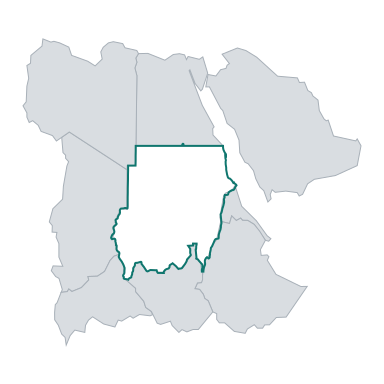 Sudan and the surrounding countries
{"feature_id": "SDN", "entity_name": "Sudan", "entity_type": "country or territory", "adm_level": 0, "iso_a3": "SDN", "parent_name": "Africa", "parent_adm1": "", "projection": "equal_earth", "projection_center": [30.131, 15.434], "detail": "fine", "context": "with_neighbors", "style": "outline", "palette": "teal", "viewbox_px": 384, "rotation_deg": 0, "n_neighbors": 8, "source": "natural_earth", "source_scale": "50m", "svg_char_len": 9477}
<svg xmlns="http://www.w3.org/2000/svg" viewBox="0 0 384 384"><path d="M127.0,169.7L126.9,209.4L120.5,208.7L114.9,222.3L116.4,224.7L113.9,227.8L114.7,231.9L111.9,239.9L114.6,239.3L116.1,243.2L116.2,249.1L118.9,252.1L118.8,254.5L114.0,256.2L110.1,260.4L104.6,271.4L97.4,276.2L88.0,276.5L88.7,280.0L81.4,287.6L71.9,291.5L68.8,289.0L67.3,291.6L61.1,292.4L62.3,289.6L59.0,278.4L55.7,276.6L51.3,270.7L53.1,265.9L62.8,266.3L58.9,257.1L58.9,243.6L56.1,237.1L56.9,232.4L52.1,232.1L52.3,225.6L49.3,221.9L52.9,208.7L62.6,199.2L63.4,186.2L66.9,166.0L68.6,161.7L65.6,158.3L65.6,155.2L63.0,152.6L61.7,137.3L69.3,132.0L127.0,169.7Z" fill="#d9dde1" stroke="#a8b0b8" stroke-width="1"/><path d="M152.6,314.7L150.1,315.8L139.5,314.5L133.1,318.2L130.1,316.0L121.7,321.1L118.2,320.1L114.9,327.0L103.7,324.0L92.6,316.8L88.5,320.1L85.5,325.3L84.8,332.4L74.8,330.1L70.2,335.5L66.2,345.1L65.1,337.4L61.7,334.1L58.3,325.2L54.7,319.8L54.6,312.5L55.3,304.6L57.1,302.7L61.1,292.4L67.3,291.6L68.8,289.0L71.9,291.5L81.4,287.6L88.7,280.0L88.0,276.5L97.4,276.2L104.6,271.4L110.1,260.4L114.0,256.2L118.8,254.5L119.6,258.9L123.9,265.2L123.1,276.8L135.6,288.3L135.6,291.6L143.8,301.3L145.7,307.4L151.4,311.5L152.6,314.7Z" fill="#d9dde1" stroke="#a8b0b8" stroke-width="1"/><path d="M220.7,221.4L219.9,217.3L223.6,195.9L225.9,192.8L231.4,191.2L235.0,185.5L241.7,206.3L256.3,220.7L267.1,235.7L270.9,238.7L268.7,241.2L265.4,240.3L254.2,224.4L247.7,220.4L242.5,220.3L240.7,218.1L236.3,220.5L231.7,215.9L229.5,223.5L220.7,221.4Z" fill="#d9dde1" stroke="#a8b0b8" stroke-width="1"/><path d="M208.0,74.5L215.9,76.0L220.6,69.7L226.0,68.4L227.1,65.2L229.4,63.6L222.1,54.2L237.4,48.0L246.0,50.6L256.7,57.2L277.6,76.2L297.4,77.9L299.4,82.5L304.5,82.2L307.8,90.5L311.4,92.7L312.9,96.0L318.0,100.1L319.3,110.6L323.9,118.8L326.2,120.8L328.2,120.1L333.5,136.0L355.8,140.9L357.2,138.9L361.0,145.8L357.2,165.6L335.5,175.5L314.3,179.3L307.6,183.8L302.6,194.3L299.2,196.0L297.2,192.6L285.8,191.1L275.2,192.3L272.1,189.7L270.2,194.6L271.1,198.8L267.9,202.0L263.8,190.7L259.9,187.1L255.8,178.8L253.5,170.7L248.2,163.8L244.9,162.2L239.8,152.8L239.0,140.1L234.6,129.3L227.1,123.4L222.8,110.6L220.7,108.4L209.4,86.9L205.8,86.9L208.0,74.5Z" fill="#d9dde1" stroke="#a8b0b8" stroke-width="1"/><path d="M223.0,145.8L135.9,145.8L136.9,75.7L134.9,68.0L136.9,62.2L135.8,58.1L138.5,53.6L147.9,53.4L164.9,60.2L173.3,54.5L179.5,53.7L184.6,54.9L186.5,59.6L188.1,56.5L199.3,59.3L202.8,56.9L207.7,73.2L202.4,89.2L200.8,90.9L195.1,83.5L189.9,69.8L189.1,70.7L202.3,105.4L214.1,126.9L212.7,128.6L213.0,135.0L223.0,145.8Z" fill="#d9dde1" stroke="#a8b0b8" stroke-width="1"/><path d="M136.9,75.7L135.7,165.5L127.2,165.6L127.0,169.7L69.3,132.0L56.4,141.0L52.5,135.6L41.1,131.4L38.2,125.3L32.7,120.7L29.2,122.5L26.9,117.1L26.9,112.9L23.0,105.8L26.2,101.8L26.9,86.1L28.7,78.3L26.9,65.5L30.5,63.3L30.9,55.4L42.0,46.1L42.9,38.9L50.9,42.1L53.9,41.3L59.7,42.9L68.8,47.1L71.6,55.4L87.7,61.2L95.1,65.9L102.2,59.1L100.8,51.9L103.2,47.3L108.4,42.9L113.3,41.7L122.7,43.6L125.0,47.8L136.8,50.5L138.5,53.6L135.8,58.1L136.9,62.2L134.9,68.0L136.9,75.7Z" fill="#d9dde1" stroke="#a8b0b8" stroke-width="1"/><path d="M307.2,286.4L286.1,317.1L276.3,317.5L269.5,324.8L264.7,324.9L262.6,328.2L257.4,328.2L254.3,324.7L247.4,329.0L245.2,333.3L234.3,331.4L224.6,322.8L219.3,322.8L216.7,319.4L216.7,313.6L212.8,311.9L208.2,300.8L204.8,298.5L203.4,294.4L199.6,289.4L194.9,288.7L197.5,282.9L201.5,282.6L204.7,259.7L208.2,256.9L212.1,245.0L216.6,240.0L220.7,221.4L229.5,223.5L231.7,215.9L236.3,220.5L240.7,218.1L242.5,220.3L247.7,220.4L254.2,224.4L259.6,231.1L265.4,240.3L260.4,249.6L261.2,255.4L267.2,254.9L268.9,256.7L267.3,260.3L276.0,274.4L300.9,286.5L307.2,286.4Z" fill="#d9dde1" stroke="#a8b0b8" stroke-width="1"/><path d="M178.9,332.4L172.2,325.6L170.4,321.2L160.6,324.4L157.2,323.2L151.4,311.5L145.7,307.4L143.8,301.3L135.6,291.6L135.6,288.3L126.3,280.2L131.3,277.1L135.4,263.3L140.8,261.9L145.9,270.7L148.0,271.5L150.7,269.8L156.2,270.1L157.2,272.2L164.8,272.2L165.0,270.1L168.9,268.2L169.7,265.3L172.5,263.2L178.9,269.1L182.8,268.0L190.7,255.1L190.0,249.1L188.2,246.1L192.7,245.6L193.2,243.3L196.7,244.0L195.8,251.5L196.7,258.8L200.6,262.8L201.5,271.4L202.5,271.6L202.6,279.5L201.5,282.6L197.5,282.9L194.9,288.7L199.6,289.4L203.4,294.4L204.8,298.5L208.2,300.8L212.8,311.9L198.3,329.5L193.0,329.5L186.9,331.9L182.0,329.6L178.9,332.4Z" fill="#d9dde1" stroke="#a8b0b8" stroke-width="1"/><path d="M203.4,271.6L202.0,271.6L201.9,271.6L201.9,271.4L201.8,271.1L201.8,270.7L201.8,269.9L202.0,269.0L202.5,267.7L202.4,267.2L202.4,266.7L202.4,266.0L202.4,265.8L202.4,265.6L202.4,265.4L202.1,264.3L201.9,264.1L198.7,260.5L198.1,259.6L197.9,259.4L196.2,258.6L196.2,258.4L196.4,257.8L196.5,257.7L195.7,250.0L195.7,249.8L195.7,249.7L195.8,249.7L196.0,249.3L196.0,249.0L196.1,248.9L196.2,247.6L196.2,246.4L196.6,244.5L196.6,243.6L193.0,243.6L193.0,243.8L193.0,244.2L193.0,244.3L193.1,244.9L193.1,245.2L193.2,245.4L193.2,245.5L188.2,245.8L190.1,248.7L190.2,248.8L190.2,249.0L190.3,250.1L190.2,251.7L190.2,252.8L190.3,253.5L190.8,254.8L190.8,255.1L190.7,255.4L187.1,259.4L187.0,259.6L186.6,261.2L186.1,262.2L185.9,262.5L185.1,263.9L181.8,268.2L181.3,268.4L179.7,268.6L178.8,268.6L178.7,268.6L178.5,268.8L178.4,268.9L178.1,268.7L176.1,266.3L172.6,263.3L172.2,263.6L170.2,264.9L169.8,265.2L169.6,265.5L169.6,266.9L169.2,267.7L168.6,268.5L166.8,269.0L165.9,269.4L165.0,270.1L164.9,270.2L164.5,270.7L163.8,271.6L163.7,272.3L163.8,273.0L157.8,272.9L157.4,272.4L156.6,270.2L155.9,270.3L150.5,270.0L149.7,270.3L148.1,271.2L147.3,271.4L146.5,270.9L143.6,266.5L143.0,265.9L142.8,265.6L142.4,264.9L141.8,264.4L141.6,264.1L141.5,263.6L141.5,262.6L141.3,262.0L140.9,261.8L137.0,262.9L136.4,262.8L135.6,262.9L135.3,263.1L135.0,263.7L134.9,264.3L134.9,264.9L134.8,265.6L134.5,266.2L133.4,267.7L133.2,268.4L133.2,270.1L133.1,270.9L133.0,271.3L132.5,272.0L132.3,272.3L132.2,272.8L132.2,273.9L132.1,274.5L131.5,275.8L131.4,276.2L131.3,277.2L131.2,277.4L129.5,278.2L128.8,278.7L128.4,279.4L128.3,279.7L127.5,279.4L126.6,279.2L124.8,279.0L124.0,278.7L123.7,278.2L123.8,276.9L123.6,276.6L123.3,276.4L123.1,275.8L123.2,275.1L124.2,273.6L124.4,272.8L124.5,270.0L124.6,269.1L124.6,267.9L123.8,265.8L123.2,264.3L122.1,262.2L121.7,261.5L119.5,258.5L119.3,258.0L118.7,256.8L119.0,255.7L119.3,254.0L119.4,253.3L119.2,252.5L118.7,251.9L118.2,251.8L118.0,251.5L117.6,251.1L117.1,250.7L116.8,250.1L116.5,249.2L116.7,245.9L116.6,245.5L116.1,245.4L115.9,245.1L116.0,244.5L115.7,242.7L115.3,241.1L115.5,240.3L115.1,239.1L114.2,238.6L113.3,238.8L112.4,239.0L111.9,239.0L111.5,238.7L111.3,238.3L111.1,237.8L111.3,237.1L111.8,235.7L112.4,234.6L113.7,233.5L114.0,233.0L114.2,232.4L114.3,231.7L114.2,230.9L114.1,230.3L113.7,229.4L113.4,228.3L113.4,227.6L113.5,227.1L113.9,226.5L114.6,225.8L114.7,225.7L115.1,225.3L115.5,225.1L116.4,224.3L116.6,224.0L116.6,223.6L116.4,223.2L116.0,222.7L115.9,222.2L115.8,221.2L115.7,220.5L115.5,220.1L115.8,219.7L116.2,219.2L116.7,218.9L117.4,218.7L117.7,218.3L117.8,217.7L117.8,217.0L118.1,216.6L118.4,215.6L118.7,215.1L119.2,214.6L119.7,213.9L119.9,213.1L120.0,212.4L119.8,210.2L120.3,209.2L121.1,208.5L122.1,208.5L123.7,208.4L124.8,208.0L125.6,208.0L127.4,208.5L127.5,208.4L127.6,207.7L127.7,206.2L127.7,201.7L127.7,197.3L127.8,192.8L127.8,188.3L127.9,183.9L128.0,179.4L128.0,175.0L128.1,170.6L128.1,169.3L128.1,168.1L128.1,166.9L128.1,165.6L129.9,165.6L131.8,165.6L133.6,165.6L135.4,165.6L135.5,165.6L135.6,160.6L135.6,155.7L135.7,150.8L135.7,145.9L138.6,145.9L141.4,145.9L144.2,145.9L147.0,145.9L149.8,145.9L152.6,145.9L155.4,145.9L158.2,145.9L161.0,145.9L163.8,145.9L166.6,145.9L169.4,145.9L172.2,145.9L175.0,145.9L177.8,145.9L180.6,145.9L181.5,145.9L181.8,145.8L182.6,144.0L182.9,143.8L183.3,143.9L183.5,144.4L183.3,145.0L183.1,145.9L184.5,145.9L186.9,145.9L189.3,145.9L191.7,145.9L194.1,145.9L196.5,145.9L198.9,145.9L201.3,145.9L203.8,145.9L206.2,145.9L208.6,145.9L211.0,145.9L213.4,145.9L215.8,145.9L218.2,145.9L220.6,145.9L223.0,145.9L223.1,148.1L223.5,149.9L224.7,152.5L225.7,153.8L226.0,154.6L226.0,155.0L226.0,155.3L225.7,154.9L225.2,154.7L225.2,155.9L225.3,156.7L225.4,158.3L225.9,160.1L225.6,161.7L225.7,164.4L226.2,167.6L226.2,169.7L227.1,174.6L227.9,177.3L228.4,178.0L228.9,178.3L229.9,178.6L231.3,179.9L232.5,181.4L232.9,182.2L233.4,183.0L233.8,182.8L234.0,182.6L234.4,183.3L236.2,184.7L236.5,185.4L235.9,186.1L235.2,187.2L235.0,187.7L234.9,188.0L234.8,188.3L234.6,188.6L234.2,189.1L234.0,189.3L233.9,189.6L233.7,189.8L233.4,189.8L233.2,190.0L232.8,190.2L232.2,190.1L231.7,190.3L231.5,190.5L231.1,190.8L230.6,190.8L230.0,191.3L229.5,191.8L228.9,192.1L228.7,192.2L228.5,192.6L228.1,194.4L227.7,194.8L227.2,194.9L226.5,194.9L226.0,195.1L225.1,194.9L224.8,194.9L224.7,195.3L224.5,196.8L224.6,197.5L224.3,198.2L223.9,199.2L224.1,200.9L224.1,202.5L223.5,205.0L223.4,205.5L222.8,207.5L222.5,208.2L221.7,211.9L221.3,213.0L220.6,214.2L220.8,216.1L221.0,218.2L221.2,220.1L221.5,223.0L220.9,225.7L220.9,227.2L220.5,229.4L220.2,230.4L219.9,231.0L219.7,231.6L219.2,233.0L218.8,234.8L218.7,236.6L218.7,237.7L218.6,238.2L218.5,238.5L217.6,238.7L216.3,238.9L215.6,239.1L215.2,239.5L214.6,240.4L213.6,242.8L213.0,244.2L212.1,246.3L211.0,247.7L210.8,248.4L210.7,249.7L210.3,251.7L209.9,253.2L210.0,254.3L209.7,256.3L209.7,257.3L209.4,257.9L208.9,258.4L208.5,258.5L207.8,257.9L207.3,257.3L207.0,257.2L206.6,257.6L206.0,258.1L205.3,259.4L204.8,260.8L205.1,263.6L205.1,264.2L205.0,264.8L204.2,266.9L204.0,267.6L203.7,268.9L203.4,271.1L203.4,271.6Z" fill="none" stroke="#0f766e" stroke-width="2"/></svg>